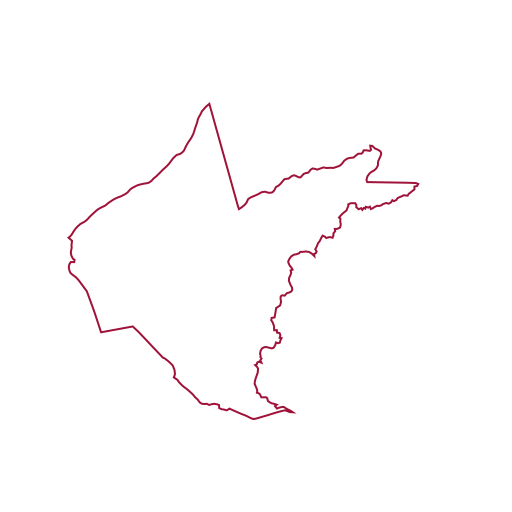 Lambari D'Oeste, Mato Grosso, Brazil (Albers equal-area conic projection), rotated 247°
{"feature_id": "56859067B64272920889218", "entity_name": "Lambari D'Oeste", "entity_type": "district", "adm_level": 2, "iso_a3": "BRA", "parent_name": "Brazil", "parent_adm1": "Mato Grosso", "projection": "albers", "projection_center": [-57.818, -15.449], "detail": "fine", "context": "isolated", "style": "outline", "palette": "rose", "viewbox_px": 512, "rotation_deg": 247, "n_neighbors": 0, "source": "geoboundaries", "source_scale": "gbopen_adm2", "svg_char_len": 5052}
<svg xmlns="http://www.w3.org/2000/svg" viewBox="0 0 512 512"><g transform="rotate(247 256 256)"><path d="M322.8,83.1L321.4,81.1L319.9,79.9L318.3,79.1L316.6,78.8L314.7,78.5L313.0,78.6L311.4,79.3L309.7,80.2L307.1,81.8L305.0,82.6L302.6,83.4L289.6,86.5L273.5,85.7L268.0,85.4L246.3,83.6L239.3,115.0L232.1,118.2L227.0,120.1L219.3,123.0L217.5,123.6L198.8,130.6L197.5,131.9L194.5,133.6L191.5,135.1L187.7,136.6L185.4,136.5L183.2,136.5L179.3,135.4L177.7,134.3L176.4,132.9L175.0,133.8L172.7,135.3L170.0,135.8L166.1,137.3L164.4,138.1L162.8,139.0L161.2,140.0L159.6,140.8L157.2,142.0L153.2,143.8L149.7,144.8L146.7,146.2L144.8,146.6L143.0,147.1L141.2,148.4L139.9,150.7L139.2,152.9L137.2,154.7L136.9,157.3L136.2,159.9L134.7,162.2L133.3,163.7L130.4,162.7L128.4,164.5L127.0,166.8L125.5,168.5L125.5,170.2L125.9,171.9L122.3,175.2L117.3,179.9L115.9,181.3L113.9,183.4L112.1,185.1L110.5,186.4L107.7,188.9L106.7,190.6L106.2,193.4L106.0,195.1L105.6,198.5L105.4,200.3L105.1,202.8L104.9,204.6L104.6,207.8L104.2,211.6L103.7,216.0L103.4,217.7L103.2,219.4L102.7,222.0L101.7,223.5L99.1,226.1L97.7,228.9L99.7,227.6L101.7,225.9L104.1,223.9L105.6,223.1L106.7,221.7L107.2,219.0L107.4,217.4L107.4,215.7L110.4,214.8L111.0,217.0L113.0,214.7L114.3,212.9L115.5,211.8L117.9,210.3L120.7,210.8L122.1,210.0L122.9,207.8L123.8,205.7L127.0,205.6L128.6,204.9L129.8,203.4L131.3,204.5L133.6,204.8L138.9,204.8L141.1,206.0L142.9,207.4L148.1,212.1L151.6,213.9L153.4,213.7L155.9,212.6L155.9,214.3L157.5,215.6L157.6,217.2L155.7,219.3L158.3,219.2L159.4,221.0L161.2,220.6L162.7,221.4L164.4,221.5L166.9,223.2L168.6,225.4L168.8,227.7L168.4,229.6L167.0,231.5L164.9,234.2L164.6,236.2L166.3,238.8L168.6,240.6L167.1,242.3L166.9,244.0L168.9,245.6L170.5,247.4L171.4,245.8L173.4,247.4L175.9,247.6L177.3,245.4L179.6,246.2L180.5,243.7L182.5,244.4L184.3,245.2L186.6,245.3L188.6,245.4L190.9,244.9L192.9,246.2L192.2,249.1L197.1,252.3L200.2,254.2L201.1,258.9L203.9,261.1L207.4,262.0L209.2,263.0L209.6,264.8L208.3,266.9L209.7,269.9L209.4,272.4L209.5,274.5L210.7,276.2L212.9,276.8L215.7,276.5L218.3,276.5L220.3,276.6L223.0,278.0L224.9,280.2L226.9,281.9L229.2,282.2L229.1,284.3L231.3,284.1L234.0,283.3L236.8,283.2L238.4,283.5L239.5,284.7L240.7,286.2L241.9,288.3L242.4,291.3L241.8,293.9L241.7,296.7L242.5,298.4L241.5,300.8L240.7,303.6L238.9,306.5L236.4,308.3L233.1,309.7L235.2,310.3L235.2,312.1L236.5,313.6L239.0,313.2L240.9,315.5L243.6,318.2L244.7,320.3L246.3,322.2L247.4,323.4L248.7,325.3L246.7,327.1L245.1,327.7L244.8,330.6L244.1,332.1L242.9,333.6L244.8,335.4L246.6,336.1L247.9,338.6L250.1,339.1L249.3,341.1L249.3,344.3L250.7,345.6L252.3,346.5L254.5,346.9L257.5,348.3L258.9,347.4L260.0,349.4L261.5,353.1L262.2,355.9L262.8,357.4L264.6,359.0L265.9,360.5L267.5,361.1L267.6,363.5L266.9,365.5L265.8,368.0L263.6,368.3L261.8,367.4L259.0,368.7L258.9,371.6L256.9,371.9L258.1,374.1L256.9,375.1L258.4,376.3L256.7,378.3L256.9,380.1L254.3,380.1L254.4,382.4L254.8,384.5L254.9,387.2L253.9,388.9L253.7,391.0L254.2,393.1L253.9,396.6L252.3,398.6L252.6,401.2L254.1,403.3L252.6,404.3L252.7,407.0L253.8,408.5L254.1,410.4L254.0,413.2L254.2,415.7L253.2,417.5L252.3,419.1L253.6,421.0L254.0,422.8L254.5,424.4L254.9,425.9L255.4,427.9L258.0,428.9L257.5,431.6L258.9,433.5L260.7,431.7L264.1,424.4L280.6,387.2L282.9,387.4L285.8,389.7L287.7,392.9L288.3,395.1L288.5,397.5L289.1,399.7L289.8,401.2L291.6,403.5L295.4,405.4L297.6,407.8L299.4,409.8L301.5,411.4L303.6,411.4L305.9,410.0L308.4,407.6L312.0,406.0L312.9,404.2L310.8,403.7L308.8,403.4L308.3,401.8L310.1,399.0L311.2,396.4L309.5,394.6L309.0,393.1L310.2,390.0L309.3,386.7L308.5,384.4L309.1,382.4L309.6,380.8L310.0,377.8L309.3,374.6L307.3,371.1L306.4,368.5L306.5,365.4L306.8,361.7L308.2,358.8L309.3,355.6L311.2,352.6L311.6,346.0L313.0,344.6L314.5,342.2L314.0,339.7L313.1,338.3L312.3,336.5L312.9,334.1L312.9,331.9L311.0,327.8L311.6,326.3L315.2,323.0L315.7,320.9L315.4,319.3L314.5,316.2L315.1,314.4L315.6,312.2L314.4,309.7L312.8,306.6L312.0,304.3L311.7,301.4L309.2,298.3L308.2,296.0L308.6,293.9L309.3,292.3L310.3,291.0L311.5,289.7L312.1,287.9L312.5,286.0L312.1,282.7L312.0,280.6L312.0,277.6L312.0,273.8L311.4,270.9L309.1,268.5L308.1,266.8L307.4,265.2L306.6,262.4L306.1,260.3L305.8,258.6L310.2,259.0L337.1,262.5L395.0,270.0L401.8,270.9L414.3,272.5L412.9,268.1L412.1,266.3L411.2,264.7L410.4,262.7L409.1,261.5L405.8,257.2L404.1,255.5L402.0,254.1L397.7,250.1L395.6,248.4L392.7,245.8L389.8,242.3L387.1,238.0L385.7,236.1L384.0,234.0L381.2,230.9L380.2,228.7L379.6,226.1L380.0,222.7L379.6,221.2L378.3,217.8L374.9,212.0L373.6,209.1L371.7,203.7L369.9,199.4L368.4,195.6L367.3,191.8L366.0,189.1L365.4,186.3L365.5,184.6L366.5,180.6L367.3,175.9L367.4,173.5L366.9,168.1L366.3,165.9L364.8,162.9L364.1,160.1L363.7,155.1L363.9,151.3L363.8,148.6L363.6,146.5L362.6,141.2L361.3,136.7L361.1,131.9L360.7,128.7L360.0,126.2L357.2,118.5L355.5,114.9L354.9,113.1L354.5,111.1L354.1,106.9L352.9,103.3L351.9,101.1L350.5,98.6L347.6,94.5L346.5,92.2L346.1,90.6L342.0,92.6L339.8,91.4L337.9,90.3L335.7,89.6L333.8,88.3L331.6,86.9L328.6,86.2L325.1,86.4L323.5,87.5L321.4,86.3L322.8,83.1Z" fill="none" stroke="#9f1239" stroke-width="2"/></g></svg>